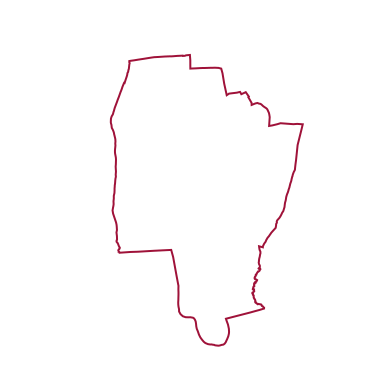 Concepción, Corrientes, Argentina, rotated 303°
{"feature_id": "61730980B94063956743041", "entity_name": "Concepción", "entity_type": "district", "adm_level": 2, "iso_a3": "ARG", "parent_name": "Argentina", "parent_adm1": "Corrientes", "projection": "albers", "projection_center": [-58.127, -28.402], "detail": "fine", "context": "isolated", "style": "outline", "palette": "rose", "viewbox_px": 384, "rotation_deg": 303, "n_neighbors": 0, "source": "geoboundaries", "source_scale": "gbopen_adm2", "svg_char_len": 5987}
<svg xmlns="http://www.w3.org/2000/svg" viewBox="0 0 384 384"><g transform="rotate(303 192 192)"><path d="M301.2,197.3L300.5,196.7L297.5,194.6L299.2,193.4L302.2,187.6L303.0,187.7L305.0,182.7L303.4,181.7L300.9,180.1L302.1,177.8L301.2,176.9L299.8,175.6L294.7,169.5L292.1,168.4L300.3,160.1L308.2,152.9L311.4,149.3L310.5,146.6L308.8,143.7L305.9,139.4L303.6,136.1L301.1,132.4L299.0,129.5L297.6,127.6L296.4,125.9L294.6,123.4L295.2,123.0L296.7,122.0L301.6,118.8L305.8,115.6L303.4,112.6L302.3,111.8L301.1,110.2L301.3,109.9L300.4,108.7L298.1,105.5L295.1,101.6L293.7,99.5L290.8,95.4L286.9,90.2L284.5,86.9L282.5,84.6L279.8,81.6L278.7,80.4L277.7,79.3L273.8,74.9L270.7,71.5L268.8,69.3L267.7,68.1L266.7,68.7L266.5,68.9L266.4,69.2L265.8,69.7L265.0,69.9L261.0,71.9L260.5,72.1L259.8,72.2L259.1,72.5L258.0,73.0L256.6,73.1L255.9,73.4L255.1,73.8L253.5,74.3L251.6,74.8L249.6,75.3L248.9,75.5L246.7,76.1L246.6,75.6L242.3,76.4L240.1,77.0L237.8,77.5L237.1,77.6L231.7,78.9L230.2,79.2L228.3,79.6L227.2,79.9L220.4,81.4L216.9,82.5L216.2,82.6L215.5,82.9L214.2,83.3L213.0,83.4L211.9,83.4L211.0,83.6L209.3,84.1L208.5,84.6L207.3,85.3L206.3,85.9L205.5,86.6L204.4,87.9L203.3,88.8L202.1,89.8L201.0,91.8L200.0,93.2L199.1,94.3L198.0,95.3L197.0,96.4L195.1,98.4L194.2,99.2L192.5,100.4L190.8,101.3L189.4,102.4L187.7,103.3L186.1,104.1L184.5,105.0L183.2,105.9L182.2,106.7L181.3,107.6L179.5,109.3L178.2,110.3L177.3,110.9L176.3,111.5L174.5,112.6L173.5,113.2L171.8,114.1L170.0,115.4L168.4,116.6L167.4,117.3L166.6,117.7L164.8,118.7L164.1,119.3L163.4,119.8L162.7,120.1L161.6,120.5L160.0,121.3L158.2,122.3L156.9,123.0L155.7,123.5L154.0,124.5L153.0,125.0L151.3,126.1L148.9,127.5L146.2,128.5L143.9,130.0L141.5,131.2L139.1,132.9L137.4,133.7L136.1,134.2L133.3,135.4L130.9,137.6L125.1,144.9L123.4,146.6L121.9,147.8L119.2,149.8L116.9,150.7L114.2,153.0L112.2,154.4L111.8,154.7L111.3,155.0L110.8,155.2L110.4,155.1L109.7,155.5L109.2,155.8L108.9,156.7L108.8,157.3L108.4,157.7L108.2,158.3L107.0,159.8L106.0,161.7L105.5,161.7L105.2,162.1L104.8,162.1L104.4,162.1L104.1,161.9L103.5,161.9L103.0,161.9L102.7,162.3L102.4,162.7L102.2,163.0L101.9,163.1L102.1,163.7L101.6,164.3L108.3,173.2L112.4,179.1L122.2,192.4L132.1,206.1L127.2,211.6L113.4,224.6L106.8,230.9L106.0,231.7L103.9,233.0L102.5,233.9L100.5,235.3L98.5,236.6L96.2,238.0L94.1,239.3L92.0,240.5L90.1,241.8L88.4,243.2L86.7,244.9L84.7,246.3L83.3,248.9L82.8,252.0L83.5,254.8L84.8,257.0L86.0,258.7L86.6,260.1L87.1,261.3L87.1,262.5L86.5,264.0L85.4,265.6L84.3,266.6L83.5,267.3L81.6,268.8L79.9,270.5L78.4,272.7L76.2,275.5L74.6,278.2L73.9,280.0L73.4,281.4L72.8,283.5L72.6,285.5L72.8,286.5L73.1,288.2L73.8,289.8L74.1,290.4L74.8,291.4L75.4,293.0L75.8,293.6L76.0,294.9L76.7,296.3L77.2,297.3L77.6,298.0L78.4,298.9L80.0,300.2L80.4,300.7L80.8,301.1L81.2,301.5L82.6,302.0L84.4,302.1L86.2,301.8L87.8,301.6L89.3,301.3L90.8,301.0L92.2,300.5L93.3,300.1L94.8,299.3L95.9,298.5L97.4,297.4L98.8,296.0L100.4,294.4L103.1,290.8L104.2,289.5L122.7,306.5L126.9,310.2L130.0,313.0L133.5,315.9L134.0,315.6L133.7,315.3L134.0,315.1L134.3,314.6L134.6,313.9L134.7,313.3L134.6,313.0L134.5,312.6L134.9,312.0L135.3,311.6L135.3,311.0L135.1,310.6L134.9,310.4L134.8,309.9L134.6,309.4L134.3,308.7L134.1,308.2L133.7,308.2L133.7,307.6L133.8,306.7L134.0,306.4L134.1,306.1L133.8,305.7L133.9,305.3L134.2,304.8L134.5,304.8L134.9,304.8L135.2,304.5L135.4,304.1L135.7,303.9L136.0,303.6L136.1,303.2L136.4,302.8L136.4,302.2L136.7,302.0L136.9,301.7L137.0,301.3L137.5,301.1L137.7,300.9L137.9,300.6L138.2,300.4L138.7,300.2L138.9,299.7L138.9,299.3L139.3,299.2L139.6,298.9L139.4,298.6L139.7,298.2L139.9,297.7L140.3,297.5L140.6,297.5L140.9,297.6L141.2,297.9L141.7,298.1L142.3,298.2L142.8,298.2L143.1,297.7L143.5,297.4L144.1,297.1L143.9,296.4L143.5,296.1L143.6,295.9L144.1,295.9L144.4,295.6L144.7,295.5L145.0,295.5L145.3,295.6L145.6,295.4L146.1,295.1L146.6,295.2L147.0,295.5L147.5,295.1L147.8,294.9L147.9,294.6L148.2,294.5L148.5,294.6L149.0,294.5L149.0,294.0L149.3,293.9L149.7,293.9L150.2,294.0L150.4,294.2L150.7,294.0L151.0,294.2L150.9,294.7L151.5,294.6L151.8,294.6L152.1,294.8L152.5,294.7L152.9,294.6L153.3,294.7L153.6,294.6L153.6,294.1L153.6,293.7L153.4,293.3L153.5,293.0L153.5,292.5L153.3,292.3L153.4,291.9L153.6,291.6L153.9,291.4L154.2,291.2L154.8,291.2L155.1,291.0L155.5,291.2L155.9,291.0L156.3,291.1L156.8,290.9L157.5,291.0L157.6,290.6L158.1,290.7L158.7,290.7L159.0,290.7L159.5,290.7L159.9,290.6L160.2,290.6L160.8,290.8L161.2,290.7L161.4,291.1L162.1,291.3L162.6,291.5L162.9,291.4L163.2,291.5L163.6,291.2L164.1,291.1L164.6,291.3L164.8,291.0L164.7,290.6L164.2,290.3L164.0,289.8L164.1,289.5L164.4,289.5L164.9,290.0L165.4,289.8L165.9,289.8L166.3,289.6L166.7,289.3L167.4,288.8L167.5,288.5L167.6,288.1L167.9,287.7L168.1,287.4L169.3,286.3L170.1,286.0L170.8,285.6L171.3,285.3L171.6,285.2L172.4,284.8L173.2,284.5L174.5,284.1L176.1,283.4L176.8,283.1L177.6,282.9L178.3,282.5L179.3,281.8L180.3,280.2L181.8,278.8L183.0,277.8L184.2,281.5L184.8,281.1L186.2,280.9L187.5,280.7L188.6,280.7L189.0,280.7L190.0,280.8L190.4,280.8L191.4,280.6L192.5,280.4L193.7,280.4L194.0,280.3L195.5,280.4L196.7,280.6L197.4,280.6L201.2,280.7L207.5,281.7L209.6,280.8L211.0,280.0L212.5,279.9L213.5,279.1L214.5,278.9L215.5,279.0L215.8,279.1L216.8,279.2L217.2,279.3L218.0,279.4L219.2,279.4L219.6,279.4L220.9,279.3L222.0,279.2L223.1,279.0L224.2,278.9L225.5,279.0L226.2,278.8L226.6,278.7L228.3,278.2L229.7,277.8L231.7,276.8L233.6,275.9L235.2,275.4L235.6,275.3L237.3,274.6L239.0,273.8L240.6,273.3L242.1,272.9L243.8,272.6L245.3,272.2L246.8,271.7L248.9,271.2L250.5,270.6L250.9,270.5L251.9,270.1L253.3,269.7L254.7,269.4L255.9,269.0L257.1,268.5L259.5,267.7L259.8,267.7L261.4,267.1L263.1,266.7L263.5,266.6L264.6,266.4L265.2,266.4L266.7,266.2L268.4,265.3L271.8,263.6L275.4,261.9L288.9,255.0L304.3,249.7L309.1,248.0L306.4,243.1L304.1,240.1L297.9,228.8L295.3,226.6L291.5,223.0L289.4,220.7L297.1,216.4L299.0,214.7L300.2,213.5L302.3,210.2L302.6,209.3L302.7,208.3L302.7,206.3L302.8,204.7L303.2,202.6L303.2,201.4L302.6,200.0L302.3,198.4L301.2,197.3Z" fill="none" stroke="#9f1239" stroke-width="2"/></g></svg>